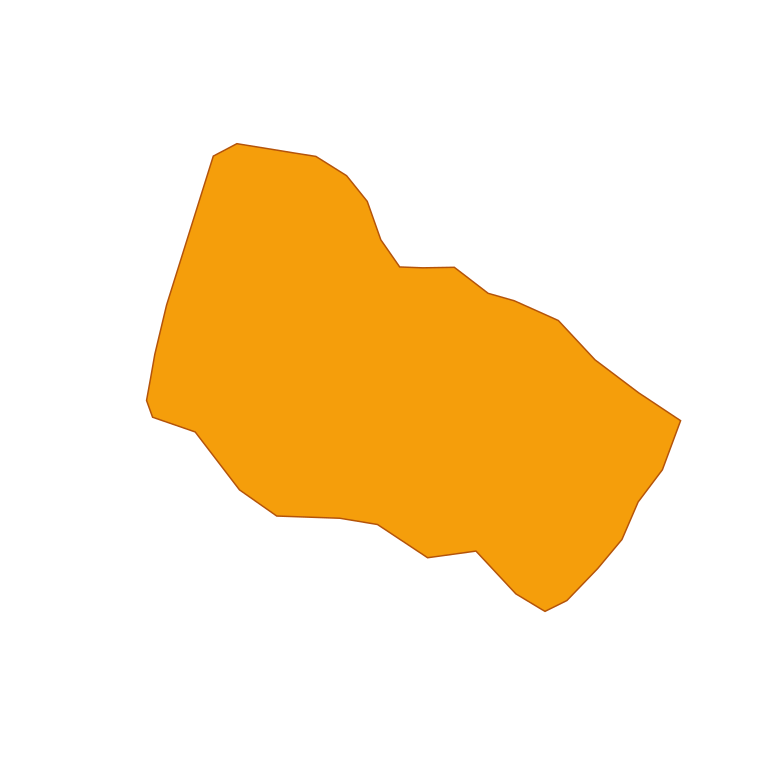 the district of Sokcho-si, Gangwon, South Korea, rotated 47°
{"feature_id": "91817680B43621567480447", "entity_name": "Sokcho-si", "entity_type": "district", "adm_level": 2, "iso_a3": "KOR", "parent_name": "South Korea", "parent_adm1": "Gangwon", "projection": "albers", "projection_center": [128.524, 38.163], "detail": "fine", "context": "isolated", "style": "filled", "palette": "amber", "viewbox_px": 768, "rotation_deg": 47, "n_neighbors": 0, "source": "geoboundaries", "source_scale": "gbopen_adm2", "svg_char_len": 626}
<svg xmlns="http://www.w3.org/2000/svg" viewBox="0 0 768 768"><g transform="rotate(47 384 384)"><path d="M613.1,192.1L564.0,203.8L510.3,213.2L456.5,213.2L412.1,231.9L388.7,246.0L346.6,253.0L325.5,276.4L309.1,292.7L276.4,288.0L239.0,271.7L206.2,269.3L171.1,278.6L153.2,292.6L107.9,327.7L100.9,353.4L178.0,489.2L206.0,531.4L220.1,550.1L234.1,568.9L247.4,574.6L250.5,575.9L290.3,554.8L362.9,561.9L407.4,552.5L451.9,508.0L482.3,484.6L540.8,470.6L568.9,430.7L627.4,430.7L655.8,422.6L660.1,421.3L667.1,397.9L664.7,353.5L660.0,316.0L643.6,278.6L636.6,238.9L613.1,192.1Z" fill="#f59e0b" stroke="#b45309" stroke-width="1.5"/></g></svg>